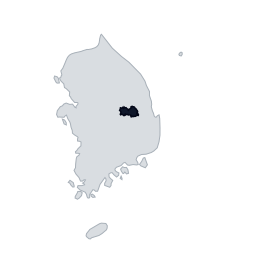 Uiseong-gun, North Gyeongsang, South Korea shown in context, rotated 345°
{"feature_id": "91817680B75376031789242", "entity_name": "Uiseong-gun", "entity_type": "district", "adm_level": 2, "iso_a3": "KOR", "parent_name": "South Korea", "parent_adm1": "North Gyeongsang", "projection": "orthographic", "projection_center": [128.598, 36.353], "detail": "fine", "context": "in_parent", "style": "filled", "palette": "ink", "viewbox_px": 256, "rotation_deg": 345, "n_neighbors": 0, "source": "geoboundaries", "source_scale": "gbopen_adm2", "svg_char_len": 4978}
<svg xmlns="http://www.w3.org/2000/svg" viewBox="0 0 256 256"><g transform="rotate(345 128 128)"><path d="M76.9,60.4L77.8,59.7L77.9,58.8L77.9,55.5L80.5,53.4L84.1,48.8L85.9,46.4L87.9,44.1L90.2,42.5L92.5,41.8L96.0,41.6L102.7,41.9L104.1,41.7L108.8,41.5L109.9,41.9L113.3,42.2L117.1,41.9L119.0,41.3L120.8,40.1L122.3,38.0L123.9,34.2L125.6,31.2L126.6,30.6L133.5,46.8L140.2,57.2L145.9,64.7L154.1,79.2L156.5,87.0L156.8,91.8L158.2,98.4L157.1,102.2L157.5,108.2L157.0,111.3L156.0,113.5L156.0,117.9L156.4,120.2L156.4,123.3L157.1,124.5L158.0,124.9L159.5,123.8L161.4,123.3L161.1,127.0L158.9,136.4L157.0,143.3L154.4,149.3L151.1,154.7L147.0,156.9L144.2,157.7L138.8,158.0L134.2,157.1L130.3,157.7L128.8,158.9L127.6,160.8L128.5,163.8L128.4,166.0L126.7,165.9L123.4,164.6L119.7,164.4L118.0,163.7L116.3,160.5L114.6,160.6L111.5,162.5L106.8,162.9L105.1,163.9L104.5,165.2L105.2,166.9L107.6,169.1L106.7,171.3L104.3,172.4L102.3,169.6L101.1,167.0L99.7,166.8L97.6,167.5L97.1,170.4L98.1,172.4L99.7,174.7L97.3,177.3L96.7,179.2L95.0,180.5L90.6,177.4L91.2,175.3L93.2,173.3L93.5,171.2L92.9,169.9L86.4,175.2L82.3,181.2L80.2,180.7L79.3,179.1L78.1,178.5L73.8,182.3L72.9,185.4L71.3,185.4L70.7,184.1L70.7,181.3L70.0,178.9L65.6,175.4L63.7,172.3L64.8,170.7L68.5,171.7L71.4,171.6L70.9,170.2L69.9,169.5L71.9,168.7L73.5,167.1L72.2,166.6L70.1,167.5L68.4,167.0L67.8,163.1L65.8,159.0L64.9,155.0L67.0,152.8L68.1,149.3L70.1,144.2L71.1,142.6L73.7,141.5L74.7,140.2L73.3,139.5L71.0,138.8L71.1,137.3L72.6,136.6L74.4,135.0L77.9,133.1L79.0,129.4L78.0,128.4L75.9,127.5L76.4,125.6L77.3,124.2L77.0,123.4L74.6,120.9L73.0,118.6L73.5,116.1L73.2,112.3L73.5,109.1L73.4,107.4L72.3,103.5L71.9,99.6L70.3,100.1L69.0,101.1L64.4,99.6L63.0,99.4L62.5,96.5L64.2,93.0L68.1,89.9L70.4,89.6L72.1,88.3L74.7,87.9L77.8,90.1L80.6,90.6L82.1,94.3L83.1,95.1L83.3,93.7L85.6,92.2L86.2,91.0L85.7,90.3L83.1,89.6L80.8,85.0L80.5,83.0L79.7,81.7L81.0,78.1L78.4,73.8L77.1,72.5L77.4,68.7L76.0,66.3L75.3,65.0L74.8,62.7L75.3,61.7L76.5,61.4L76.9,60.4ZM64.4,224.6L63.0,225.4L61.7,224.9L61.4,224.5L59.9,222.4L59.6,221.3L60.6,219.3L64.9,216.1L75.7,213.1L77.6,213.0L81.9,214.5L82.7,217.1L81.9,219.3L80.9,220.7L75.9,223.1L72.1,224.3L64.4,224.6ZM137.2,168.6L134.4,170.9L130.6,167.9L129.7,166.2L132.6,163.8L135.0,161.0L136.6,160.9L137.2,168.6ZM117.1,168.3L116.8,171.9L114.7,172.0L113.5,169.7L112.1,170.8L111.4,170.8L110.4,168.0L110.2,165.8L112.7,164.1L114.2,165.2L116.3,165.7L117.1,168.3ZM62.5,183.2L60.6,183.7L59.6,182.5L58.8,182.1L59.3,180.5L62.4,177.4L63.1,176.3L65.9,177.0L67.0,178.7L65.6,181.3L62.5,183.2ZM73.6,62.0L73.4,66.7L71.8,66.5L70.8,66.0L70.3,65.0L69.4,60.6L70.6,58.8L72.9,60.3L73.6,62.0ZM61.0,170.2L60.6,171.0L59.3,170.7L58.0,168.2L57.5,166.2L56.2,165.1L58.4,163.5L61.0,166.6L61.0,170.2ZM69.7,106.8L69.2,109.1L67.3,107.5L66.9,102.4L68.8,103.9L69.7,106.8ZM199.3,71.1L198.0,72.2L196.4,71.2L196.2,70.1L197.0,69.1L198.9,68.4L199.8,69.3L199.3,71.1ZM77.9,184.5L78.4,186.2L76.0,185.9L74.8,184.2L75.0,182.8L76.4,182.6L77.9,184.5ZM109.2,175.2L108.8,176.3L107.4,174.6L108.9,172.7L109.2,175.2Z" fill="#d9dde1" stroke="#a8b0b8" stroke-width="1"/><path d="M124.5,108.9L125.1,109.9L125.4,110.8L125.2,111.1L125.1,111.4L124.9,111.5L124.7,112.0L124.6,112.3L124.3,112.5L124.1,112.6L124.1,112.8L124.2,113.1L124.3,113.4L124.5,113.4L125.0,113.2L125.2,112.9L125.5,112.9L125.8,113.1L126.2,113.5L126.4,113.7L126.4,113.9L126.7,114.1L126.8,114.3L126.9,114.5L127.0,114.8L127.3,115.0L127.7,115.0L127.6,114.9L127.8,114.8L128.3,114.7L128.4,114.3L128.6,113.9L129.0,113.7L129.2,113.9L129.3,114.3L129.5,114.4L129.8,114.5L130.1,114.6L130.6,114.7L131.2,114.9L131.5,115.0L131.5,115.3L131.6,115.5L131.9,115.5L132.5,115.6L133.0,115.7L133.4,115.8L133.9,116.1L134.0,116.6L133.8,117.0L133.9,117.5L133.9,118.0L134.2,118.1L134.4,117.7L134.8,117.6L135.0,118.0L135.4,117.9L135.8,117.9L135.9,118.3L136.3,118.4L137.1,118.3L137.4,118.4L137.7,118.6L138.1,118.6L138.7,118.6L139.0,118.2L139.2,117.9L139.5,117.8L139.9,117.9L140.2,118.1L140.5,118.3L141.1,118.5L141.2,118.2L141.4,118.1L141.5,117.8L141.3,117.6L141.0,117.6L141.0,117.3L140.9,117.0L141.1,116.8L141.3,116.6L141.2,116.4L140.8,116.3L140.5,116.2L140.3,116.1L140.3,115.9L140.4,115.7L140.7,115.6L141.0,115.5L141.1,115.3L141.2,115.0L141.5,114.8L141.4,114.5L141.4,114.2L141.5,113.9L141.3,113.3L141.1,112.9L140.9,112.6L140.8,112.3L140.9,111.9L140.6,111.7L140.2,111.3L140.0,111.0L139.9,110.5L139.9,110.2L139.6,109.5L139.4,109.4L139.2,109.1L138.8,108.9L138.1,108.7L137.9,108.4L137.6,108.1L136.3,108.4L136.2,109.0L136.1,109.5L135.8,109.6L135.3,109.8L134.4,110.1L134.1,110.3L133.7,110.4L133.4,110.7L132.9,111.0L132.8,110.6L132.7,110.1L132.7,109.7L132.3,109.5L132.1,109.3L132.0,109.0L131.7,108.6L131.4,107.9L131.0,107.8L130.5,107.7L130.1,107.5L129.9,107.1L129.7,106.8L129.5,107.2L129.2,107.9L128.7,108.0L128.3,107.4L128.2,106.7L127.9,106.8L127.5,107.0L127.2,107.1L127.0,107.3L126.6,107.1L126.3,106.8L126.0,106.5L125.9,106.5L125.7,106.9L125.7,107.1L125.6,107.4L125.2,108.0L124.8,108.4L124.8,108.7L124.5,108.9Z" fill="#0f172a" stroke="#020617" stroke-width="1.5"/></g></svg>